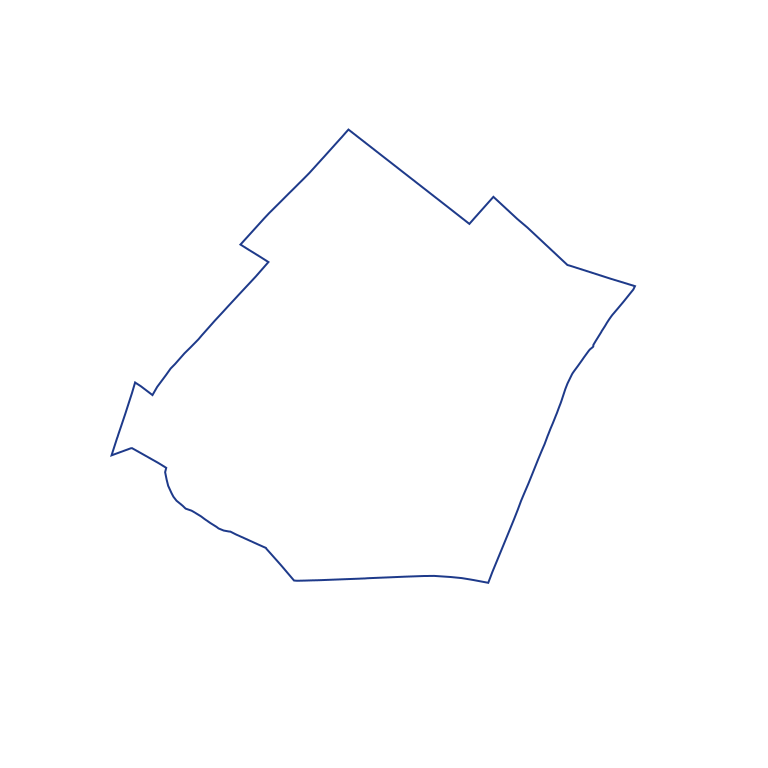 Mihaesti, Olt, Romania, rotated 141°
{"feature_id": "2599482B3191735089576", "entity_name": "Mihaesti", "entity_type": "district", "adm_level": 2, "iso_a3": "ROU", "parent_name": "Romania", "parent_adm1": "Olt", "projection": "equal_earth", "projection_center": [24.801, 44.115], "detail": "fine", "context": "isolated", "style": "outline", "palette": "blue", "viewbox_px": 768, "rotation_deg": 141, "n_neighbors": 0, "source": "geoboundaries", "source_scale": "gbopen_adm2", "svg_char_len": 2278}
<svg xmlns="http://www.w3.org/2000/svg" viewBox="0 0 768 768"><g transform="rotate(141 384 384)"><path d="M556.5,271.3L547.4,264.5L537.1,256.8L526.3,248.7L523.3,246.5L521.2,244.9L519.0,243.4L510.4,237.0L501.0,230.0L489.0,221.1L474.4,210.1L465.9,203.4L453.6,192.0L445.7,184.2L439.9,177.7L437.8,175.3L428.1,163.9L422.9,166.9L418.3,169.6L409.3,174.5L398.3,180.5L391.9,184.0L380.2,190.4L368.0,197.1L359.0,202.2L350.9,207.0L344.0,210.7L334.5,215.7L326.0,220.4L318.3,224.7L311.3,228.6L304.1,232.5L298.6,235.4L297.4,236.0L289.3,240.8L287.8,241.6L282.9,244.4L277.8,247.1L273.3,249.6L270.3,251.3L267.9,252.6L263.9,255.0L260.8,256.8L259.2,257.7L256.9,259.1L246.2,266.0L241.1,268.9L232.1,273.1L230.9,273.6L228.5,274.3L225.8,275.0L222.3,275.9L215.1,277.9L211.7,278.9L203.8,281.0L202.1,281.3L199.6,281.3L198.6,281.3L197.9,281.4L197.5,281.7L197.2,282.1L196.7,282.6L195.7,283.0L192.7,284.1L182.6,287.6L181.5,288.1L179.3,288.8L175.4,290.1L172.5,291.2L168.5,292.5L165.0,293.5L163.0,294.0L154.9,295.5L149.8,296.5L145.7,297.3L134.2,299.8L130.8,300.5L127.4,302.1L141.1,322.4L165.1,359.0L166.6,361.1L166.6,361.4L174.1,415.4L176.5,428.0L181.2,460.6L209.9,455.9L216.9,454.7L223.8,484.7L236.4,539.0L251.5,604.1L256.5,603.3L262.1,602.3L262.4,602.3L270.0,601.1L280.7,599.4L285.7,598.6L286.9,598.4L290.3,597.9L309.0,595.0L316.0,594.2L323.9,593.4L330.5,592.7L337.7,592.0L349.9,590.7L357.8,589.9L365.7,589.1L373.0,588.1L389.0,585.6L407.8,582.7L404.5,573.0L400.2,560.8L397.1,551.5L416.2,548.2L440.5,544.8L457.1,542.4L462.3,541.6L475.6,539.7L491.8,537.0L494.9,536.5L500.1,535.5L511.5,534.2L515.7,533.8L519.8,533.4L533.9,531.0L540.1,530.3L547.6,528.2L562.1,524.5L569.6,521.6L570.9,521.1L574.4,535.4L576.5,541.8L585.5,535.6L593.8,530.2L603.9,523.6L614.9,516.6L622.2,512.0L624.6,510.4L625.2,510.1L637.9,501.8L639.4,500.8L640.6,500.0L621.3,493.4L620.2,492.7L616.6,483.7L609.1,464.7L606.0,455.9L609.6,453.2L613.1,446.5L615.8,440.7L617.8,432.9L618.6,428.9L618.7,423.9L617.1,416.1L616.6,412.0L613.3,406.7L612.5,404.7L609.5,396.3L608.4,391.9L606.5,385.4L604.0,378.1L603.5,375.9L600.8,371.0L597.2,366.8L596.3,366.0L593.7,360.2L587.0,346.9L583.0,338.9L578.9,330.8L579.1,330.0L578.1,308.5L577.6,287.9L575.4,285.8L568.4,280.4L563.0,276.3L559.4,273.5L556.5,271.3Z" fill="none" stroke="#1e3a8a" stroke-width="2"/></g></svg>